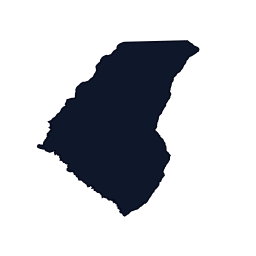 the district of Tacuru, Mato Grosso do Sul, Brazil, rotated 72°
{"feature_id": "56859067B8752600934305", "entity_name": "Tacuru", "entity_type": "district", "adm_level": 2, "iso_a3": "BRA", "parent_name": "Brazil", "parent_adm1": "Mato Grosso do Sul", "projection": "equal_earth", "projection_center": [-54.957, -23.634], "detail": "fine", "context": "isolated", "style": "filled", "palette": "ink", "viewbox_px": 256, "rotation_deg": 72, "n_neighbors": 0, "source": "geoboundaries", "source_scale": "gbopen_adm2", "svg_char_len": 5160}
<svg xmlns="http://www.w3.org/2000/svg" viewBox="0 0 256 256"><g transform="rotate(72 128 128)"><path d="M76.5,37.4L75.5,36.8L74.9,36.4L73.7,36.7L72.9,37.3L72.3,37.9L71.7,38.7L70.9,39.5L70.3,40.3L69.3,40.7L68.3,41.0L67.5,41.8L66.7,42.6L65.3,43.6L64.4,44.1L63.6,44.6L63.0,46.5L45.5,105.3L45.5,106.6L45.6,108.3L45.8,110.0L46.1,111.0L46.5,112.0L47.4,112.9L48.2,113.4L49.2,113.7L49.9,114.3L50.2,115.6L50.6,117.4L51.3,118.5L52.0,119.6L52.8,120.5L53.3,121.8L53.2,123.1L53.3,124.7L52.4,126.3L52.6,128.2L52.9,129.9L53.5,131.1L54.4,132.0L54.9,132.8L55.8,133.2L57.0,133.9L57.4,135.5L58.0,136.6L58.5,137.7L59.3,138.8L60.0,139.4L61.0,139.3L61.8,139.6L62.7,139.7L63.5,139.7L64.5,140.6L65.7,141.7L66.4,142.8L67.2,143.6L67.9,144.2L68.8,145.0L69.3,146.0L69.6,147.2L70.0,148.3L70.6,149.5L71.3,150.7L71.5,152.1L71.4,153.1L71.4,154.3L71.4,155.4L70.8,156.6L71.1,157.9L71.3,158.9L71.8,159.9L72.5,161.1L73.1,162.8L73.9,164.2L75.0,165.1L76.1,165.8L77.4,165.7L78.4,166.7L79.5,167.2L80.7,167.7L82.0,168.1L83.2,168.6L83.2,170.4L82.7,172.1L82.5,173.6L82.6,175.3L82.4,177.2L83.7,177.9L84.4,178.4L85.2,179.3L86.0,180.1L86.7,179.7L87.6,180.0L88.3,180.7L88.3,182.1L88.6,183.2L89.2,184.5L89.9,185.5L90.7,186.0L91.4,186.8L92.2,187.5L92.8,188.9L92.9,190.0L93.4,191.2L94.1,192.0L94.9,192.9L95.5,194.2L95.9,196.3L96.9,197.8L97.3,198.7L97.6,200.1L97.5,201.5L98.3,201.2L99.0,200.4L99.8,200.4L100.9,200.7L101.9,200.8L103.0,201.4L103.3,202.5L104.6,201.6L105.7,201.4L106.6,202.4L107.0,203.5L108.0,204.7L108.6,206.4L109.4,206.5L110.4,207.0L110.7,205.9L111.5,206.5L112.1,207.5L112.5,208.5L113.6,208.9L113.7,210.1L114.3,210.7L114.9,211.4L115.6,212.3L116.6,212.9L117.5,213.0L118.3,214.2L117.8,215.4L117.4,216.6L116.5,217.7L116.7,218.9L117.6,219.6L118.5,219.5L119.2,218.7L120.2,217.5L120.7,216.6L121.7,215.0L121.8,213.3L122.9,213.5L124.0,213.1L124.7,212.3L125.5,211.2L126.6,210.0L126.7,208.1L126.7,207.0L126.7,205.6L127.3,204.0L128.1,204.6L128.8,205.4L129.8,205.4L130.6,205.4L130.3,204.3L130.6,203.2L131.9,203.0L132.5,201.7L133.1,200.9L134.4,201.7L135.2,201.9L135.9,201.1L136.6,201.4L137.6,202.2L138.2,200.7L139.3,200.1L140.5,199.9L141.4,198.5L142.8,197.7L143.3,196.5L143.9,195.5L144.8,196.1L145.6,197.0L146.6,196.8L147.5,197.1L148.1,198.4L149.3,198.8L150.5,197.9L151.6,196.4L151.9,194.5L152.7,193.4L153.9,193.0L155.4,193.2L156.0,192.4L156.8,191.7L158.1,191.8L158.9,191.0L159.9,190.4L161.3,190.7L162.1,190.6L162.4,189.6L162.9,188.3L163.9,187.5L165.0,187.1L165.8,186.6L167.1,185.5L168.3,184.8L169.1,184.0L170.2,184.4L171.3,184.2L171.5,182.6L170.7,181.9L171.2,180.7L172.0,180.4L172.8,180.1L173.1,179.2L174.1,180.5L174.3,179.0L175.7,178.9L176.8,179.2L177.2,178.1L178.2,177.6L179.2,177.1L179.9,176.3L180.1,175.2L180.9,174.8L181.8,174.0L182.6,174.1L183.9,173.3L184.9,173.6L186.0,173.8L185.8,172.5L186.5,171.7L187.3,170.4L188.4,169.2L189.4,169.0L190.3,168.5L190.7,167.4L190.8,166.3L191.7,165.6L191.9,164.5L193.1,164.3L194.4,164.4L194.5,162.9L195.5,162.1L196.1,162.7L196.8,161.6L197.9,161.7L198.6,162.2L199.4,161.3L200.3,161.8L201.3,162.0L201.4,161.1L202.4,161.2L202.7,160.3L203.5,160.4L204.3,160.7L204.8,161.4L206.0,161.3L206.7,160.1L207.6,159.4L209.5,159.2L210.5,158.3L210.2,157.0L209.7,155.9L209.5,154.4L209.0,153.4L208.4,152.4L207.7,150.9L207.7,149.4L207.7,147.9L207.5,146.3L207.7,145.0L207.6,143.7L206.8,142.0L206.2,141.1L206.1,139.4L205.4,138.2L204.9,136.9L204.1,136.4L204.7,135.0L204.0,133.2L203.2,132.1L202.4,131.3L201.7,130.5L200.7,129.4L199.7,127.8L199.0,127.0L197.8,125.9L197.3,125.0L196.5,124.8L196.6,123.4L195.7,122.8L195.1,122.3L194.4,121.4L194.0,120.2L193.3,119.0L192.7,118.0L191.6,116.6L190.4,115.9L189.2,116.0L188.8,114.9L188.5,113.4L187.8,113.0L186.9,112.2L185.8,111.1L185.4,110.2L184.7,109.4L184.3,108.4L183.4,108.3L182.6,108.2L181.3,108.6L180.2,108.6L179.1,107.6L177.8,106.8L177.2,105.9L176.4,105.7L175.9,104.5L175.2,103.9L174.4,103.3L173.5,101.8L172.8,100.8L172.1,100.1L171.1,99.0L170.5,98.4L169.2,98.0L167.8,97.5L167.1,96.5L166.3,97.0L165.4,97.4L164.4,97.5L163.7,97.9L162.6,98.7L161.5,99.1L160.7,98.9L159.5,98.5L158.3,98.2L157.4,97.9L156.1,98.2L155.0,98.2L154.1,97.8L153.3,98.0L152.2,98.5L150.9,98.5L149.3,98.7L148.4,99.7L147.5,99.9L146.5,100.4L145.7,100.9L145.0,100.4L143.9,101.3L142.9,101.2L141.8,101.7L140.4,102.4L139.2,103.1L138.3,103.9L137.2,102.6L136.4,101.4L135.5,100.5L133.8,100.1L133.0,99.5L132.2,99.3L131.4,99.0L130.8,98.0L130.1,97.7L129.1,96.9L128.1,96.4L126.5,95.6L125.6,94.9L125.1,93.8L124.6,92.8L124.1,91.7L122.9,91.1L121.8,89.9L121.1,89.1L120.4,88.4L119.3,87.2L118.8,86.1L118.2,85.5L116.9,85.1L115.9,84.3L114.8,82.7L114.0,81.8L113.2,81.0L112.5,79.6L111.5,78.9L110.6,78.5L109.9,77.8L109.2,77.1L107.9,77.0L106.7,77.5L105.8,77.4L105.0,76.8L104.2,76.2L103.3,76.0L102.6,75.4L101.8,74.9L101.0,74.2L100.1,73.8L99.2,73.3L98.4,73.0L97.8,72.3L97.2,71.1L96.0,70.2L94.6,69.9L93.7,69.1L93.0,67.5L92.5,66.2L91.6,65.5L90.9,64.6L90.6,63.2L90.2,61.6L89.7,60.6L88.8,60.0L88.3,58.7L87.5,57.6L86.6,56.9L85.9,56.3L85.2,55.7L84.4,54.2L83.7,53.3L82.4,52.4L81.4,51.8L81.1,50.7L80.3,49.5L79.4,48.7L78.9,47.6L78.7,46.4L78.7,45.1L78.3,43.9L78.0,42.5L77.6,41.2L77.3,40.0L76.7,39.0L76.5,37.4ZM193.1,164.3L192.3,163.4L193.2,163.3L193.1,164.3Z" fill="#0f172a" stroke="#020617" stroke-width="1.5"/></g></svg>